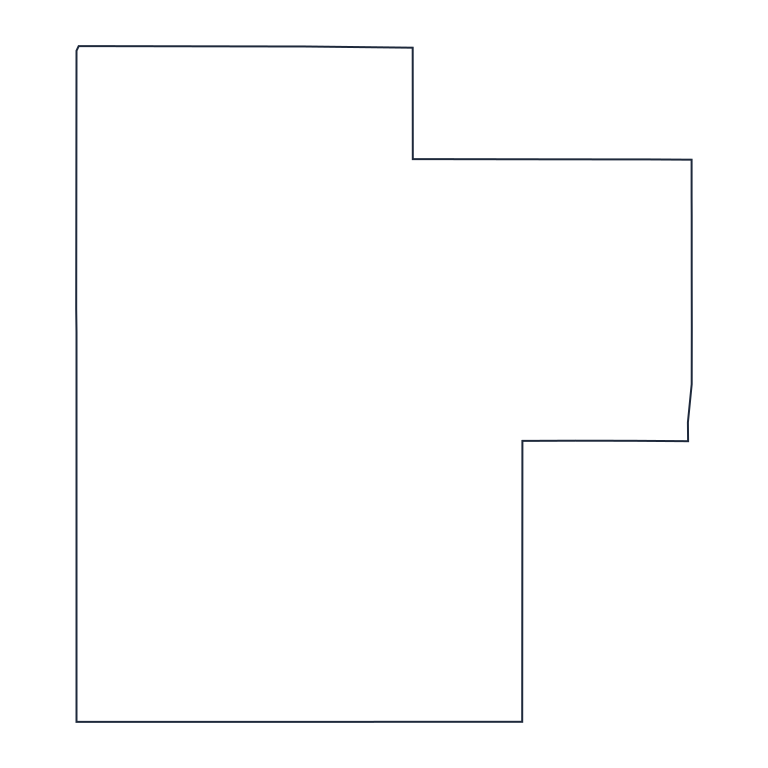 outline of Creek, Oklahoma, United States of America
{"feature_id": "52423323B90681107174232", "entity_name": "Creek", "entity_type": "district", "adm_level": 2, "iso_a3": "USA", "parent_name": "United States of America", "parent_adm1": "Oklahoma", "projection": "natural_earth1", "projection_center": [-96.229, 35.901], "detail": "fine", "context": "isolated", "style": "outline", "palette": "slate", "viewbox_px": 768, "rotation_deg": 0, "n_neighbors": 0, "source": "geoboundaries", "source_scale": "gbopen_adm2", "svg_char_len": 406}
<svg xmlns="http://www.w3.org/2000/svg" viewBox="0 0 768 768"><path d="M522.2,721.8L522.4,440.9L575.2,440.7L632.9,440.8L688.1,441.2L687.9,422.4L691.7,384.2L691.8,328.0L691.7,271.7L691.7,215.6L691.6,197.0L691.6,159.7L645.3,159.4L617.2,159.4L539.1,159.3L412.8,159.1L412.7,47.7L305.7,46.5L78.7,46.1L76.5,50.7L76.2,309.3L76.5,332.1L76.5,721.9L522.2,721.8Z" fill="none" stroke="#1e293b" stroke-width="2"/></svg>